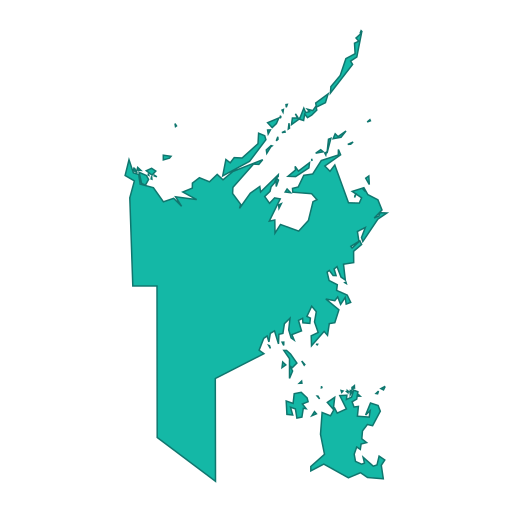 outline of East Arnhem, Northern Territory, Australia
{"feature_id": "25037944B47305351718046", "entity_name": "East Arnhem", "entity_type": "district", "adm_level": 2, "iso_a3": "AUS", "parent_name": "Australia", "parent_adm1": "Northern Territory", "projection": "natural_earth1", "projection_center": [136.298, -12.677], "detail": "fine", "context": "isolated", "style": "filled", "palette": "teal", "viewbox_px": 512, "rotation_deg": 0, "n_neighbors": 0, "source": "geoboundaries", "source_scale": "gbopen_adm2", "svg_char_len": 6175}
<svg xmlns="http://www.w3.org/2000/svg" viewBox="0 0 512 512"><path d="M263.9,353.7L259.1,350.2L263.7,338.4L267.1,336.0L268.9,341.9L270.3,333.4L274.5,330.9L278.5,343.9L278.9,334.3L282.9,333.4L284.4,323.7L290.0,318.2L288.7,329.9L291.1,337.9L294.1,340.0L291.9,334.6L301.5,330.9L298.5,320.4L302.6,318.3L302.9,322.8L309.8,323.4L310.4,318.1L306.9,316.4L311.7,306.2L316.3,311.7L314.5,321.9L318.2,332.5L311.2,335.8L311.5,345.8L324.1,331.4L327.5,335.3L329.3,323.6L334.8,322.7L338.9,309.8L325.8,299.0L334.8,300.7L337.7,296.9L340.6,304.4L345.2,297.4L346.2,304.1L350.7,302.4L347.2,295.1L336.6,290.4L337.3,284.7L329.1,280.5L327.1,272.1L329.3,270.4L333.1,275.5L336.1,275.6L334.1,269.0L337.0,266.6L341.0,277.1L345.3,280.0L343.5,264.2L353.7,262.6L353.6,251.3L361.6,244.5L359.9,240.9L352.1,248.0L350.8,246.3L358.9,241.3L357.4,231.5L365.3,227.5L361.5,237.5L362.8,241.5L377.9,219.1L386.9,213.0L380.1,212.7L378.8,216.1L374.2,218.0L382.0,210.0L377.9,199.8L367.8,194.6L363.9,187.7L352.2,191.4L361.6,197.8L359.3,203.1L348.5,202.8L334.8,165.0L330.0,171.3L324.8,166.0L340.6,154.8L338.4,149.5L338.3,155.0L321.3,160.5L312.7,174.0L303.8,175.3L298.2,187.0L292.5,188.4L292.8,192.2L311.6,193.7L317.0,199.7L313.0,201.7L308.4,220.5L298.7,231.1L280.5,224.5L275.0,233.1L274.8,220.0L269.3,221.1L280.2,198.9L274.6,197.9L269.5,203.3L264.7,196.5L270.0,191.4L271.1,186.8L274.4,183.0L276.3,178.0L278.2,176.5L278.3,174.7L260.6,192.0L259.8,186.5L250.3,193.2L239.5,208.4L240.7,204.4L232.6,193.5L232.9,187.4L253.5,164.1L258.8,164.4L262.7,159.7L232.9,171.5L223.0,179.8L217.2,174.4L209.5,181.8L199.4,177.7L192.4,183.1L192.3,188.1L182.8,192.0L196.7,199.6L175.6,196.8L181.6,206.3L173.7,198.3L163.4,201.8L153.4,187.7L140.1,184.1L138.7,174.5L133.4,172.9L129.0,159.7L125.1,175.5L134.4,180.9L129.8,197.8L132.8,286.0L157.0,286.0L157.2,437.5L215.5,481.3L215.3,378.5L263.9,353.7ZM365.6,191.7L362.4,188.5L363.6,188.1L365.6,191.7ZM322.1,412.5L320.5,434.3L324.5,454.3L310.8,466.5L310.8,470.9L323.8,464.1L348.4,477.8L360.5,472.7L367.5,477.5L383.3,478.8L381.3,465.3L384.8,460.0L379.1,456.1L377.0,464.9L373.3,466.2L363.1,457.2L364.5,463.1L361.6,464.2L355.5,461.4L354.2,454.2L356.7,447.0L360.3,449.4L361.1,444.0L366.6,442.6L361.8,438.8L362.5,430.9L367.4,424.5L372.6,425.7L380.3,411.2L378.1,405.5L370.5,403.0L365.6,415.0L370.2,410.7L369.2,417.1L357.4,416.2L358.4,406.4L354.0,407.0L352.1,401.8L356.7,399.1L357.9,391.7L353.7,390.2L351.5,397.2L346.4,399.5L346.9,395.2L339.8,395.6L346.4,408.9L337.2,413.1L334.7,408.3L330.5,415.8L322.1,412.5ZM225.9,159.5L222.7,175.9L249.6,161.3L265.9,139.7L264.7,135.7L258.6,133.2L258.0,143.7L242.1,158.0L234.2,157.6L230.2,162.8L225.9,159.5ZM295.4,408.9L296.9,418.1L301.9,417.1L303.3,408.3L306.1,408.7L302.4,404.0L308.1,401.7L307.1,397.9L301.2,392.3L294.2,393.7L293.1,403.4L286.2,401.0L286.9,414.4L292.7,415.0L290.5,407.2L295.4,408.9ZM330.9,86.6L330.4,93.1L352.6,64.4L350.6,61.1L356.8,57.0L361.5,33.1L356.0,38.0L358.8,41.2L354.5,43.2L355.1,53.7L345.9,58.6L340.2,75.5L330.9,86.6ZM309.5,111.6L305.7,112.6L303.8,108.2L299.9,118.1L292.4,118.0L291.5,124.6L299.1,119.1L303.6,120.5L304.7,114.1L307.5,117.6L311.7,115.1L316.8,110.1L315.9,106.2L312.8,110.6L307.4,109.2L309.5,111.6ZM295.5,170.0L288.0,176.3L295.6,176.6L308.9,167.9L309.5,162.7L298.4,171.1L295.1,166.4L295.5,170.0ZM289.5,358.7L289.5,378.4L292.6,371.0L289.6,365.7L292.3,367.7L296.9,363.1L290.6,354.1L286.5,350.4L283.8,350.4L289.5,358.7ZM272.2,127.6L276.4,123.6L278.8,118.0L267.6,122.7L272.2,127.6ZM148.6,179.4L146.4,175.5L139.1,172.3L141.6,183.4L145.4,185.2L148.6,179.4ZM334.7,397.3L327.3,402.4L333.3,409.3L334.7,397.3ZM316.4,107.1L325.4,102.7L328.1,93.9L315.7,103.0L316.4,107.1ZM146.3,170.7L152.0,175.1L155.8,171.1L151.6,168.3L146.3,170.7ZM333.1,138.7L341.0,137.3L346.0,131.0L338.0,136.6L335.2,133.8L333.1,138.7ZM328.5,139.2L327.0,153.2L330.9,138.3L328.5,139.2ZM163.3,159.9L169.5,158.1L171.0,156.3L163.3,155.2L163.3,159.9ZM365.7,178.2L369.3,184.5L368.8,176.0L365.7,178.2ZM323.2,151.8L320.7,149.7L315.7,153.2L323.2,151.8ZM290.6,192.7L287.1,189.0L285.2,192.0L290.6,192.7ZM311.9,415.7L316.4,413.8L314.5,411.6L311.9,415.7ZM267.6,130.0L268.2,133.9L270.4,129.9L267.6,130.0ZM140.9,170.4L137.7,167.4L137.0,170.1L140.9,170.4ZM266.8,153.3L270.8,146.8L272.1,145.9L271.1,145.6L266.3,149.9L266.8,153.3ZM289.5,128.2L289.0,123.2L288.3,129.0L289.5,128.2ZM276.2,186.5L278.5,180.1L277.2,178.8L276.1,180.3L276.2,186.5ZM282.7,362.0L282.0,367.6L285.8,364.9L282.7,362.0ZM137.3,172.6L135.1,169.5L134.9,168.8L134.0,168.1L133.2,170.4L137.3,172.6ZM154.1,175.8L156.9,176.8L154.3,175.2L154.1,175.8ZM301.6,381.1L299.3,383.3L301.9,383.2L301.6,381.1ZM350.3,390.5L350.3,394.7L352.3,391.2L350.3,390.5ZM301.7,361.0L304.2,365.2L304.8,364.5L301.7,361.0ZM380.9,388.6L383.5,389.9L384.9,387.1L384.6,386.6L380.9,388.6ZM324.8,153.1L325.8,155.0L326.3,152.2L324.8,153.1ZM278.6,204.9L279.0,208.3L281.3,203.7L278.6,204.9ZM281.9,132.6L285.1,132.1L284.8,131.2L281.9,132.6ZM151.6,176.2L151.1,178.9L151.9,179.2L151.6,176.2ZM297.5,116.8L295.4,113.8L297.2,117.5L297.5,116.8ZM369.9,119.7L367.2,122.0L370.4,120.8L369.9,119.7ZM341.1,390.5L341.7,392.4L343.0,391.0L341.1,390.5ZM355.7,194.8L355.0,195.3L354.6,197.5L355.7,194.8ZM286.0,104.6L286.3,107.3L287.3,104.4L286.0,104.6ZM175.0,123.6L175.5,126.6L176.5,125.9L175.0,123.6ZM353.1,142.0L347.8,144.4L350.7,144.2L353.1,142.0ZM283.7,345.4L283.8,342.1L282.1,342.2L283.7,345.4ZM282.0,110.1L283.0,112.1L283.4,109.5L282.0,110.1ZM319.6,398.9L317.9,396.1L317.2,396.1L319.6,398.9ZM321.5,386.2L321.4,387.8L321.9,387.6L321.5,386.2ZM361.1,30.7L360.0,33.4L361.8,31.4L361.1,30.7ZM278.0,139.3L277.8,136.8L276.3,140.8L278.0,139.3ZM377.6,393.8L378.5,391.1L376.0,393.5L377.6,393.8ZM346.4,391.4L347.7,392.5L347.4,390.9L346.4,391.4ZM270.4,348.4L269.5,345.7L268.7,345.4L270.4,348.4ZM148.3,173.5L148.2,175.0L148.8,175.3L148.3,173.5ZM280.3,115.7L280.3,118.3L280.9,116.9L280.3,115.7ZM311.7,160.1L312.1,160.9L311.7,158.8L311.7,160.1ZM352.7,387.0L354.5,388.0L354.4,385.6L352.7,387.0ZM360.2,396.2L358.8,394.9L358.2,396.2L360.2,396.2ZM349.0,391.8L347.8,390.9L348.2,392.0L349.0,391.8ZM344.8,282.6L346.3,283.5L345.9,282.1L344.8,282.6ZM352.9,388.8L352.0,388.1L352.0,389.6L352.9,388.8ZM316.0,344.3L317.4,344.8L317.6,344.3L316.0,344.3Z" fill="#14b8a6" stroke="#0f766e" stroke-width="1.5"/></svg>